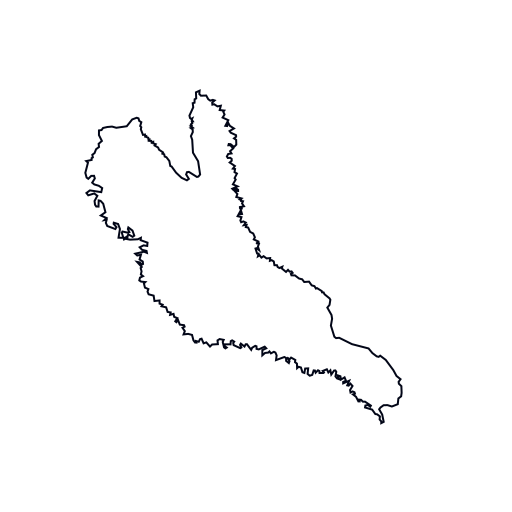 Seate, Mokhotlong, Lesotho, rotated 124°
{"feature_id": "5366337B91839727568065", "entity_name": "Seate", "entity_type": "district", "adm_level": 2, "iso_a3": "LSO", "parent_name": "Lesotho", "parent_adm1": "Mokhotlong", "projection": "equal_earth", "projection_center": [28.771, -29.06], "detail": "fine", "context": "isolated", "style": "outline", "palette": "ink", "viewbox_px": 512, "rotation_deg": 124, "n_neighbors": 0, "source": "geoboundaries", "source_scale": "gbopen_adm2", "svg_char_len": 6123}
<svg xmlns="http://www.w3.org/2000/svg" viewBox="0 0 512 512"><g transform="rotate(124 256 256)"><path d="M309.2,407.3L308.1,401.2L311.1,401.8L309.5,400.1L312.5,399.0L314.3,396.1L312.3,387.7L310.1,387.8L309.0,392.0L307.9,392.5L306.6,388.2L309.7,383.9L317.7,380.2L315.9,377.3L314.5,376.9L311.7,380.3L310.4,380.4L308.5,375.7L307.0,374.4L305.3,377.3L303.7,377.8L304.0,372.6L307.2,368.3L309.1,369.0L309.4,373.9L312.1,373.7L315.3,375.6L316.1,374.7L313.0,372.8L314.1,372.4L312.9,369.6L308.2,363.3L305.3,361.6L307.4,360.5L305.6,353.4L308.5,351.8L310.0,355.1L313.8,357.3L314.6,353.9L313.0,349.6L314.4,348.2L315.1,351.3L321.6,357.4L322.0,354.7L319.3,352.1L324.0,350.6L323.9,346.8L325.8,345.2L327.0,345.8L326.3,348.8L327.4,351.3L329.0,344.6L330.5,344.9L332.7,342.3L335.7,341.1L335.9,338.4L338.8,340.1L341.5,339.1L341.5,337.0L339.5,333.2L341.4,333.6L344.3,330.4L343.6,326.7L346.2,326.0L347.8,323.6L346.1,318.7L350.1,315.0L346.8,311.1L349.4,309.3L348.6,306.2L350.5,306.2L348.8,301.8L351.8,298.0L350.5,295.2L352.8,294.3L350.1,292.0L352.2,289.8L351.5,286.5L355.3,286.4L355.4,285.0L352.7,284.8L355.5,280.8L353.6,277.0L354.5,275.7L356.6,276.8L358.1,273.0L361.5,272.2L358.5,268.7L357.2,264.9L360.9,260.7L361.8,258.1L361.1,257.0L360.0,258.1L359.1,255.5L356.2,255.9L355.0,254.9L357.7,250.6L355.4,248.9L356.8,243.5L353.9,242.9L350.4,238.3L347.5,240.7L345.2,239.7L343.6,235.9L345.9,235.5L349.6,231.4L349.7,229.7L348.3,229.1L348.2,231.8L346.8,232.7L343.5,227.7L340.7,229.3L339.3,228.6L339.2,226.2L340.8,226.3L342.4,224.7L341.2,217.5L340.0,217.0L338.6,219.5L337.1,219.6L337.5,214.9L335.0,215.2L334.2,214.2L336.5,207.5L334.2,207.9L330.9,206.4L330.6,205.1L332.7,203.6L331.9,201.5L326.3,198.1L326.8,195.9L330.5,198.1L334.8,195.2L331.3,194.3L329.2,191.8L327.6,191.5L328.4,189.2L325.4,187.6L325.2,185.9L326.9,183.3L331.1,181.2L323.9,176.0L323.7,174.0L326.1,172.4L326.4,168.9L324.5,169.4L322.7,173.5L322.9,170.4L320.6,170.1L320.2,165.3L322.2,164.3L322.3,161.9L326.0,159.2L324.0,158.7L323.3,156.4L326.4,152.5L325.9,150.5L321.8,152.3L320.0,149.9L324.9,147.3L325.2,144.5L323.1,142.9L318.6,144.2L318.0,143.1L319.4,141.3L316.1,140.7L315.9,139.2L317.5,137.9L315.3,134.7L314.6,134.5L314.0,136.4L310.3,133.9L312.1,130.9L309.2,130.4L312.2,127.3L307.3,127.2L306.5,126.2L307.1,124.7L311.4,122.8L312.2,120.4L311.7,118.4L309.3,121.6L308.5,118.8L310.9,116.4L307.1,114.7L309.1,111.7L311.7,113.3L312.8,112.5L307.3,109.0L312.2,108.0L311.7,106.7L309.0,106.4L309.8,103.3L314.5,103.1L316.3,101.3L314.3,100.2L313.9,98.2L314.8,97.0L316.5,98.2L316.8,94.3L319.3,89.8L318.6,88.8L317.3,90.0L316.5,88.5L317.0,85.9L315.8,84.2L315.8,77.1L317.0,77.0L316.9,79.9L318.8,81.7L320.6,80.9L318.4,73.8L320.3,68.7L319.5,67.0L319.7,63.6L322.4,62.1L323.1,59.6L324.5,58.7L322.1,57.4L316.9,62.7L314.2,68.2L312.1,68.1L308.4,66.8L306.1,63.6L304.8,59.2L299.6,55.6L294.5,58.3L291.2,57.2L288.1,58.7L282.6,62.7L282.0,66.1L280.6,67.4L277.3,67.3L276.9,72.4L273.8,78.4L269.6,90.3L269.2,97.3L271.0,97.9L271.7,99.8L271.4,105.2L269.7,111.0L275.4,127.1L277.3,141.3L279.3,143.7L279.1,145.9L271.8,155.0L265.5,157.8L262.7,160.4L258.9,168.0L255.4,167.7L250.7,169.9L250.0,171.3L249.4,177.8L248.4,179.6L249.2,180.9L248.3,181.9L248.5,187.5L249.5,188.1L248.3,190.7L249.2,193.4L247.6,197.7L250.6,201.5L249.5,204.7L250.6,207.7L250.3,212.8L252.2,215.8L251.3,217.1L249.5,216.2L248.9,217.9L250.2,219.4L249.6,221.7L252.4,222.2L251.9,227.7L250.2,228.2L252.9,229.9L253.0,231.9L251.9,233.5L253.3,235.6L250.6,238.2L250.7,240.7L252.2,241.8L249.8,243.1L252.1,245.9L251.9,249.6L254.3,250.6L253.4,253.4L255.2,254.2L252.6,255.2L253.3,256.5L250.1,260.6L249.2,259.9L249.4,256.7L247.1,259.7L243.8,260.5L243.6,261.5L245.7,262.6L242.7,262.3L243.5,267.1L241.1,267.4L238.9,270.9L239.3,274.4L236.8,278.4L237.7,280.6L235.5,281.2L237.3,283.3L234.0,283.1L234.4,285.8L236.3,287.2L235.3,288.8L231.9,289.8L233.3,293.5L228.1,294.0L230.1,292.3L229.0,291.1L225.6,295.2L224.0,293.8L225.1,296.2L224.4,296.7L221.5,293.8L220.2,297.0L217.9,297.4L218.7,299.2L217.9,299.6L218.2,301.0L216.4,300.3L218.1,305.3L215.0,306.1L214.0,310.2L212.1,307.2L211.1,307.9L211.1,309.5L213.8,311.9L213.5,313.3L208.6,310.2L209.5,315.2L204.0,315.6L203.4,317.3L198.3,317.9L198.5,320.7L195.6,322.0L196.5,324.0L193.2,323.8L193.2,330.1L190.6,329.4L189.1,330.5L189.0,332.2L190.5,334.2L189.8,335.8L187.0,336.1L184.7,333.7L183.6,336.1L179.6,335.1L178.5,339.2L179.6,340.8L178.4,341.2L177.5,339.6L177.9,335.2L174.7,334.6L170.8,337.4L170.8,340.0L168.2,339.2L167.0,340.1L167.9,345.9L167.2,347.8L162.6,345.6L162.7,350.5L161.0,353.8L164.4,352.6L165.2,354.2L158.9,354.9L159.9,361.1L156.3,361.2L154.7,363.8L153.2,363.7L155.3,367.7L151.1,369.2L153.5,371.6L153.6,375.6L154.9,376.8L153.3,378.1L150.2,377.3L150.7,379.1L152.8,380.8L152.7,383.3L150.8,387.0L153.9,391.3L153.4,393.6L150.5,395.2L153.9,397.3L158.8,393.7L160.4,394.5L163.3,392.7L164.7,393.9L167.8,391.2L176.8,389.7L178.5,387.9L178.6,386.4L177.5,385.8L178.9,385.5L179.7,383.6L180.4,384.4L181.5,383.1L183.2,383.6L183.8,382.3L184.8,382.9L185.0,380.2L186.4,381.5L186.5,379.3L188.6,377.7L193.0,377.0L195.3,373.9L205.6,366.0L209.8,357.0L219.7,347.9L222.4,348.2L223.5,349.2L223.8,358.7L225.1,360.1L227.5,359.5L229.6,354.8L231.9,355.6L232.8,361.4L231.6,368.9L229.0,376.0L229.3,377.4L225.7,381.0L224.2,385.5L224.6,387.3L223.0,389.0L223.5,390.8L222.1,391.0L222.1,395.8L220.8,397.8L221.1,401.8L219.4,401.7L220.1,404.2L218.9,405.0L220.4,405.9L219.1,407.2L220.0,408.5L219.1,409.3L220.2,409.7L218.2,411.5L218.7,413.5L218.0,414.0L218.9,414.7L217.4,416.0L218.8,417.4L215.3,422.4L213.4,423.1L213.0,424.7L209.2,425.9L209.3,428.3L207.6,430.4L208.1,432.2L212.0,435.0L220.7,435.7L227.8,443.5L229.2,447.7L232.2,451.4L235.4,454.4L238.0,454.5L239.7,456.4L243.6,453.8L246.8,448.1L251.0,449.2L253.4,447.1L256.9,448.3L261.0,447.4L263.6,448.3L265.5,446.4L266.8,447.0L268.3,446.0L272.2,449.8L272.6,447.5L282.5,444.0L285.7,440.3L285.8,438.2L281.7,437.4L280.1,435.1L281.8,433.0L286.8,432.8L287.1,430.1L285.7,425.6L285.7,421.5L289.6,420.0L294.5,430.4L298.6,431.8L299.5,429.0L294.6,425.1L294.8,421.2L300.7,420.6L303.5,418.1L304.3,416.1L303.1,414.2L297.9,417.5L297.2,415.7L298.1,411.9L303.9,405.3L309.2,407.3Z" fill="none" stroke="#020617" stroke-width="2"/></g></svg>